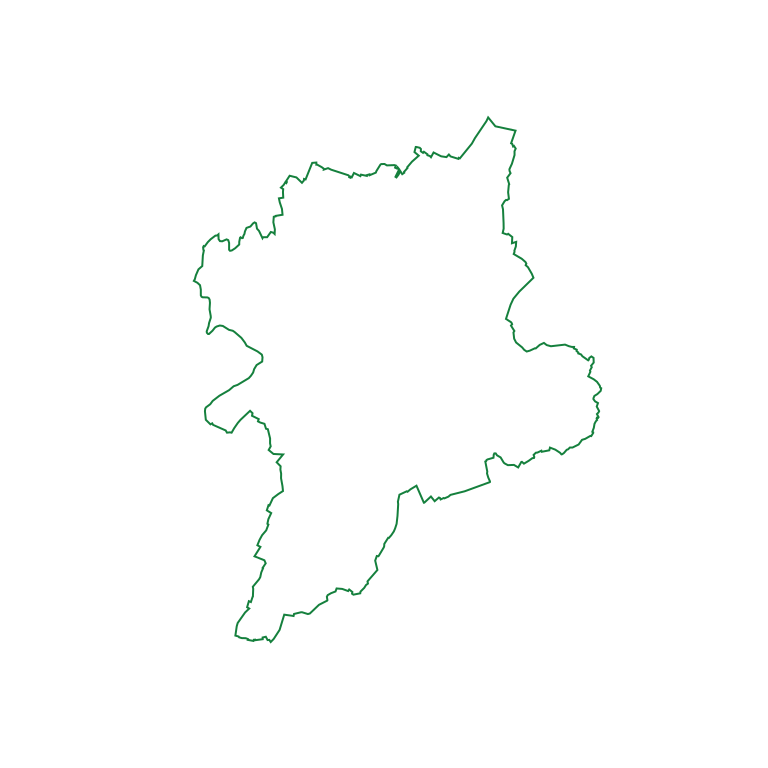 Samko, Ang Thong, Thailand (Equal Earth projection), rotated 18°
{"feature_id": "78962969B27943810698325", "entity_name": "Samko", "entity_type": "district", "adm_level": 2, "iso_a3": "THA", "parent_name": "Thailand", "parent_adm1": "Ang Thong", "projection": "equal_earth", "projection_center": [100.248, 14.6], "detail": "fine", "context": "isolated", "style": "outline", "palette": "green", "viewbox_px": 768, "rotation_deg": 18, "n_neighbors": 0, "source": "geoboundaries", "source_scale": "gbopen_adm2", "svg_char_len": 6164}
<svg xmlns="http://www.w3.org/2000/svg" viewBox="0 0 768 768"><g transform="rotate(18 384 384)"><path d="M340.9,147.9L341.3,154.0L346.5,156.1L341.9,163.9L340.1,168.3L339.1,170.7L339.6,171.3L337.5,176.1L338.0,176.8L336.5,178.8L333.9,176.6L333.0,180.8L332.0,183.7L330.9,183.4L332.1,175.1L330.0,173.7L329.8,175.1L327.7,174.8L327.8,172.6L326.3,172.6L319.2,175.2L316.5,174.6L313.4,175.7L312.8,176.5L311.0,183.7L310.9,185.5L305.8,189.9L305.4,189.1L302.9,190.8L303.2,191.4L297.4,192.0L297.3,193.6L290.2,192.6L289.5,197.3L288.5,197.1L288.4,198.2L287.0,198.1L286.8,197.2L285.7,196.5L267.5,196.5L264.1,196.0L260.5,198.7L260.4,197.9L257.7,197.0L252.5,196.0L251.9,196.3L251.2,194.3L247.4,195.9L246.2,213.7L244.6,213.7L244.9,215.3L243.8,218.0L236.9,214.6L229.9,215.1L228.2,221.4L229.2,221.9L229.0,223.1L227.8,222.6L227.1,225.6L225.3,229.1L227.9,229.8L228.6,232.7L230.6,237.9L226.7,239.9L228.7,243.4L232.9,249.1L235.2,254.4L229.0,257.6L229.1,258.1L227.5,259.0L228.8,264.4L232.4,270.6L233.6,275.1L232.0,274.3L229.4,274.4L227.5,280.5L223.6,281.8L223.4,282.9L217.8,277.0L215.2,275.5L212.6,270.6L211.0,270.3L209.8,271.8L208.3,275.5L205.0,278.0L204.6,281.9L204.9,284.4L204.5,286.4L204.6,288.7L203.9,289.2L202.2,288.8L201.9,289.4L202.4,293.5L203.2,296.1L200.5,300.9L198.0,304.0L196.4,304.9L195.2,304.2L193.1,297.7L191.4,295.3L189.6,295.1L186.0,298.3L183.8,298.8L181.9,297.3L180.3,292.8L179.4,294.3L177.8,295.0L174.4,299.9L172.6,303.5L170.9,308.6L169.9,308.5L169.7,309.8L170.8,312.3L171.4,312.6L172.0,317.7L174.7,328.0L172.1,332.3L171.5,338.6L171.7,342.8L171.3,344.7L175.3,345.4L178.5,346.9L180.6,350.8L182.4,356.3L183.5,357.4L184.6,357.6L189.5,356.2L190.9,356.5L192.1,357.7L193.4,360.6L195.0,366.9L198.2,372.9L198.8,374.5L198.8,380.1L199.3,383.2L199.1,388.7L199.7,390.0L201.2,390.8L202.1,390.5L204.4,386.4L205.8,382.6L207.0,381.1L209.8,379.1L212.8,378.6L219.9,380.4L223.7,380.1L225.8,380.7L234.1,384.2L238.8,387.5L241.6,390.1L253.6,392.1L258.7,393.8L260.2,396.1L261.2,400.3L257.0,405.3L255.9,410.0L256.0,413.5L254.9,417.3L253.6,420.2L245.0,430.1L241.7,432.6L238.6,437.7L231.1,446.0L226.3,453.0L225.0,456.9L222.0,461.1L221.6,462.6L222.1,465.2L225.6,473.1L231.4,476.0L232.8,474.5L234.1,475.7L247.8,477.1L249.7,478.8L252.4,477.6L254.1,477.4L255.2,472.2L257.0,466.2L258.6,462.4L264.9,450.9L268.0,452.4L268.3,455.0L275.7,456.1L275.7,458.5L278.3,458.9L282.6,458.8L285.6,463.0L287.5,462.9L292.5,471.0L294.0,475.7L295.5,478.3L294.7,482.4L300.5,484.7L309.8,482.2L306.1,491.6L311.1,494.2L311.9,497.4L313.9,501.1L315.2,505.4L319.0,512.5L321.0,517.0L317.5,521.3L313.6,526.9L312.6,535.0L311.6,534.9L311.6,540.4L316.6,541.6L315.8,548.3L316.3,553.0L317.5,553.4L317.2,559.6L314.8,565.4L313.8,570.7L313.4,576.5L316.8,577.1L314.1,587.9L324.7,588.6L326.9,591.1L325.4,596.4L325.9,596.6L325.5,601.2L326.0,605.9L325.5,608.4L321.9,617.4L322.9,619.2L325.0,626.7L324.8,627.1L324.8,632.5L322.6,632.3L322.8,638.6L325.2,639.2L322.5,644.2L318.7,656.5L318.8,659.9L320.4,669.2L323.8,669.1L324.5,669.7L327.3,669.6L331.0,668.5L333.5,668.6L334.1,668.9L333.9,669.4L339.2,668.7L339.2,667.5L340.4,667.0L340.6,667.5L347.5,664.2L346.9,662.6L349.7,660.9L352.4,663.5L354.0,662.8L356.0,664.4L357.9,660.5L360.7,650.1L360.4,634.2L369.7,632.6L369.5,630.5L375.5,626.8L376.7,626.4L382.7,626.3L384.4,625.2L390.4,614.1L396.9,607.6L397.0,607.1L395.4,604.0L395.7,602.2L398.3,599.3L402.0,596.3L402.1,593.1L407.6,591.8L413.9,592.0L414.4,590.2L418.2,591.6L418.4,593.3L420.0,593.8L426.1,590.4L425.8,588.7L428.2,584.0L429.0,580.8L430.4,578.8L429.3,576.8L435.2,562.9L430.2,554.7L430.3,549.8L431.8,549.6L432.1,549.1L434.3,539.4L434.3,538.2L433.7,536.0L435.5,529.0L436.2,528.9L437.6,525.7L438.9,521.2L439.2,517.9L439.2,513.1L437.6,505.3L434.6,493.8L433.6,491.7L432.9,484.5L438.8,479.0L439.7,479.2L441.7,476.0L446.3,470.7L458.6,484.6L459.0,484.4L463.4,476.5L468.4,479.8L471.3,475.0L472.4,475.1L473.5,476.3L476.0,474.0L476.8,474.1L480.1,471.2L481.5,468.9L493.9,461.1L515.0,444.6L514.9,443.9L512.1,440.8L509.6,437.2L509.3,435.4L504.3,426.4L505.0,425.7L505.0,424.7L505.7,423.8L510.9,420.3L510.2,417.3L510.4,415.9L511.7,415.5L513.5,416.9L517.6,417.8L522.2,421.8L523.5,422.3L526.9,422.9L532.6,420.8L537.4,421.9L538.7,415.7L539.2,415.4L541.7,416.5L545.3,412.4L548.0,408.7L549.5,408.0L549.5,407.0L548.2,405.2L549.7,402.4L551.1,401.8L554.3,398.8L555.0,399.7L561.7,396.0L561.5,393.2L567.2,393.5L572.7,395.0L574.5,396.1L575.2,395.7L576.4,394.1L578.1,390.1L579.3,389.2L580.4,387.0L582.9,386.2L587.8,381.4L589.6,375.9L592.3,374.0L596.3,369.6L597.2,369.5L598.1,365.8L597.9,365.3L596.9,365.1L597.1,360.8L596.5,356.8L597.0,354.0L597.8,352.4L596.9,351.3L596.9,350.3L598.0,350.2L598.3,349.2L595.8,346.8L596.8,344.7L597.0,343.3L593.3,339.7L593.4,336.0L590.1,335.3L587.8,333.6L587.6,332.7L587.8,330.3L590.0,327.7L592.2,323.6L591.9,320.9L590.7,320.6L589.8,319.0L585.9,316.1L582.0,314.7L575.9,313.6L576.5,308.6L575.7,307.6L576.4,303.8L575.3,302.7L576.8,298.8L575.2,294.4L572.7,293.7L571.2,295.8L571.3,297.6L570.9,298.4L564.1,296.3L562.3,295.0L559.3,294.9L559.1,294.0L556.9,293.1L556.7,291.8L553.5,291.5L553.3,290.0L551.2,290.7L548.2,290.9L544.0,290.6L531.1,296.5L526.7,296.7L523.4,295.5L520.0,298.7L517.3,303.3L516.5,303.4L512.4,307.2L509.7,309.0L506.8,308.2L504.1,306.5L496.8,303.7L493.8,300.7L491.2,295.0L491.6,293.3L486.7,289.2L487.4,287.6L486.6,286.6L485.8,286.0L479.9,284.4L479.9,269.5L480.7,262.9L484.1,254.3L493.3,236.8L490.5,233.5L484.8,228.4L482.0,227.2L482.2,225.6L480.9,224.3L476.5,222.4L467.2,220.3L467.3,218.0L466.8,216.9L466.9,212.5L465.8,208.0L462.2,210.6L460.6,204.6L455.7,202.8L455.3,203.5L454.4,203.8L450.2,203.7L449.8,199.3L448.0,194.0L443.2,181.1L441.1,177.6L442.2,172.9L443.2,171.2L444.2,171.1L445.6,169.3L442.8,163.3L441.2,156.2L441.4,155.4L437.4,149.7L439.2,144.4L437.6,142.6L436.9,141.0L437.6,135.0L437.4,125.9L436.2,122.3L436.5,119.4L434.0,117.4L433.4,118.2L431.7,116.0L430.5,115.8L430.8,102.4L410.3,104.5L400.7,98.3L400.2,102.3L394.5,122.1L393.3,128.2L386.4,146.0L385.2,145.8L385.1,146.9L377.0,147.0L374.8,145.7L373.3,148.9L368.0,149.8L359.6,148.5L358.6,153.8L357.2,153.0L354.6,153.0L354.3,152.1L350.2,150.8L349.7,152.1L347.1,151.3L346.5,149.1L345.0,148.3L341.1,148.6L340.9,147.9Z" fill="none" stroke="#15803d" stroke-width="2"/></g></svg>